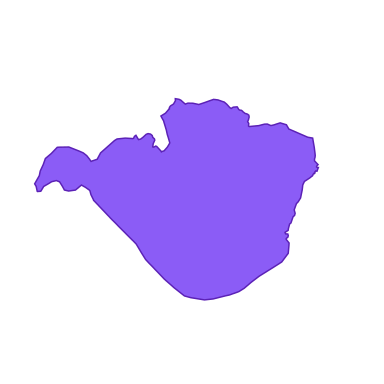 outline of Dawran Anis, Dhamar, Yemen, rotated 148°
{"feature_id": "15242507B11667753358697", "entity_name": "Dawran Anis", "entity_type": "district", "adm_level": 2, "iso_a3": "YEM", "parent_name": "Yemen", "parent_adm1": "Dhamar", "projection": "orthographic", "projection_center": [44.103, 14.829], "detail": "fine", "context": "isolated", "style": "filled", "palette": "violet", "viewbox_px": 384, "rotation_deg": 148, "n_neighbors": 0, "source": "geoboundaries", "source_scale": "gbopen_adm2", "svg_char_len": 3892}
<svg xmlns="http://www.w3.org/2000/svg" viewBox="0 0 384 384"><g transform="rotate(148 192 192)"><path d="M260.8,130.0L257.9,120.2L256.6,116.6L253.5,107.9L249.1,103.1L238.6,93.9L230.7,90.1L218.6,86.2L214.7,84.8L210.9,84.0L210.2,83.8L206.1,82.9L204.9,82.7L198.8,82.7L190.1,84.0L188.2,84.2L179.6,85.0L177.7,85.0L175.2,85.0L174.8,85.0L170.1,85.0L167.4,85.0L163.0,85.0L153.0,85.1L142.9,89.0L138.4,94.9L136.7,97.3L137.0,100.2L137.2,101.6L137.1,102.3L136.4,102.7L134.8,102.8L133.5,103.9L133.0,105.6L134.8,106.9L134.5,108.5L130.8,108.5L129.6,109.9L129.3,110.2L126.2,113.1L124.5,113.3L119.5,117.4L117.4,117.8L115.8,119.3L114.8,122.7L109.6,126.8L107.2,127.4L103.1,129.4L97.4,135.4L94.3,139.3L91.0,141.4L89.9,141.4L85.4,141.5L83.6,141.6L82.3,141.9L81.4,141.8L80.9,142.0L80.3,142.6L79.7,142.9L79.0,143.1L78.8,143.2L78.4,142.7L77.5,143.1L77.3,143.8L77.1,143.9L76.0,144.3L75.0,143.4L73.6,144.5L71.9,145.8L72.8,146.4L73.1,147.3L71.8,148.2L70.6,148.4L71.6,153.5L70.5,155.2L69.5,156.0L68.2,157.6L67.1,159.8L65.4,163.5L64.7,165.0L61.1,173.8L64.8,177.1L76.5,194.1L76.3,199.0L80.6,203.9L83.7,204.7L84.8,205.0L85.4,205.1L87.3,205.6L87.8,205.8L88.8,206.1L89.9,206.6L90.0,206.7L90.9,207.9L92.0,209.6L94.5,211.1L96.3,211.7L100.2,212.9L108.8,217.2L109.1,217.9L109.1,218.0L107.5,220.1L107.6,222.1L105.9,223.3L103.8,225.3L103.1,227.0L103.3,227.5L103.6,228.5L104.8,230.0L105.3,230.4L105.4,230.6L106.0,232.4L106.4,233.4L106.3,233.7L106.8,235.1L107.9,236.0L108.3,236.3L108.6,237.4L108.6,238.5L108.5,239.5L108.6,240.3L112.1,242.1L112.3,242.1L113.9,242.1L114.5,242.1L115.2,243.5L115.3,243.9L115.4,244.6L116.0,248.0L117.0,251.2L118.7,253.2L119.4,254.1L120.7,255.7L121.2,256.4L121.4,256.5L122.5,257.4L123.2,258.0L123.5,258.2L124.6,259.1L129.5,260.2L134.1,261.2L139.9,262.6L140.9,263.6L144.1,266.7L145.4,267.6L146.4,268.2L148.3,269.5L149.1,269.7L150.9,270.1L151.1,270.1L151.3,270.7L151.7,272.0L152.3,274.0L152.8,275.8L153.0,276.1L153.9,277.5L156.7,280.0L157.5,278.6L157.7,278.2L161.1,276.4L162.6,276.4L164.6,276.4L166.3,275.7L167.1,274.5L167.4,274.7L169.1,274.0L172.1,273.1L172.6,272.9L177.1,272.9L178.1,272.9L178.3,269.7L178.4,267.3L178.7,266.4L179.8,262.4L180.0,261.6L180.6,259.5L180.8,258.6L182.5,253.8L183.1,251.4L184.8,245.4L185.3,245.1L187.6,243.9L189.2,243.1L189.5,243.0L193.9,241.7L195.0,242.0L196.0,242.2L196.2,242.3L196.7,242.3L196.6,243.1L197.8,249.4L198.5,250.2L199.4,250.2L200.7,250.4L201.4,251.1L199.2,253.6L196.1,255.7L195.7,257.0L196.3,259.1L195.8,261.0L196.3,262.6L196.5,263.1L196.8,263.4L198.1,264.6L198.3,264.8L200.3,265.2L204.4,264.4L207.6,264.1L209.6,264.8L209.5,269.8L211.3,269.7L213.1,268.5L214.0,268.7L214.6,269.2L220.1,273.1L225.0,275.5L227.5,276.7L228.5,276.7L230.5,276.7L248.9,273.6L249.0,273.5L251.8,271.9L254.9,270.1L255.0,270.0L259.3,271.0L259.6,271.1L261.4,271.4L261.5,274.2L262.0,278.6L263.5,282.8L265.8,286.2L272.6,295.4L280.6,300.2L280.7,300.3L282.6,301.3L291.0,299.2L298.6,298.1L303.6,294.1L309.6,290.2L312.8,286.8L318.0,284.0L321.1,282.3L321.2,279.3L322.9,274.6L322.7,274.2L321.8,273.8L321.3,273.5L319.9,272.8L319.7,272.8L315.4,275.0L314.9,275.3L309.0,275.1L305.7,275.1L305.2,275.0L304.4,274.7L301.7,273.8L301.0,273.6L299.3,271.3L298.9,270.9L298.9,265.6L299.1,262.1L299.2,261.4L298.9,261.0L296.1,258.2L289.8,255.4L284.8,256.1L282.1,256.5L281.0,254.5L280.5,253.5L280.0,252.7L278.0,247.9L278.0,246.9L279.1,243.3L279.7,237.5L279.9,237.0L279.8,236.9L278.7,231.5L278.5,230.7L278.4,230.0L278.2,228.9L276.4,220.2L275.7,216.7L275.4,215.4L274.9,212.6L274.7,211.8L274.4,210.4L273.5,206.7L272.9,204.0L272.7,202.9L272.3,201.1L271.3,196.7L270.4,192.9L270.1,191.5L268.1,182.8L267.9,182.2L267.2,178.9L267.0,178.0L266.9,177.5L266.9,176.3L267.1,167.6L267.1,167.1L267.1,162.3L267.1,160.3L267.1,159.3L266.1,154.1L265.1,149.7L265.0,149.2L264.3,145.6L263.9,143.8L263.1,140.0L262.2,135.6L261.6,132.6L261.4,132.1L261.0,130.5L260.8,130.1L260.8,130.0Z" fill="#8b5cf6" stroke="#5b21b6" stroke-width="1.5"/></g></svg>